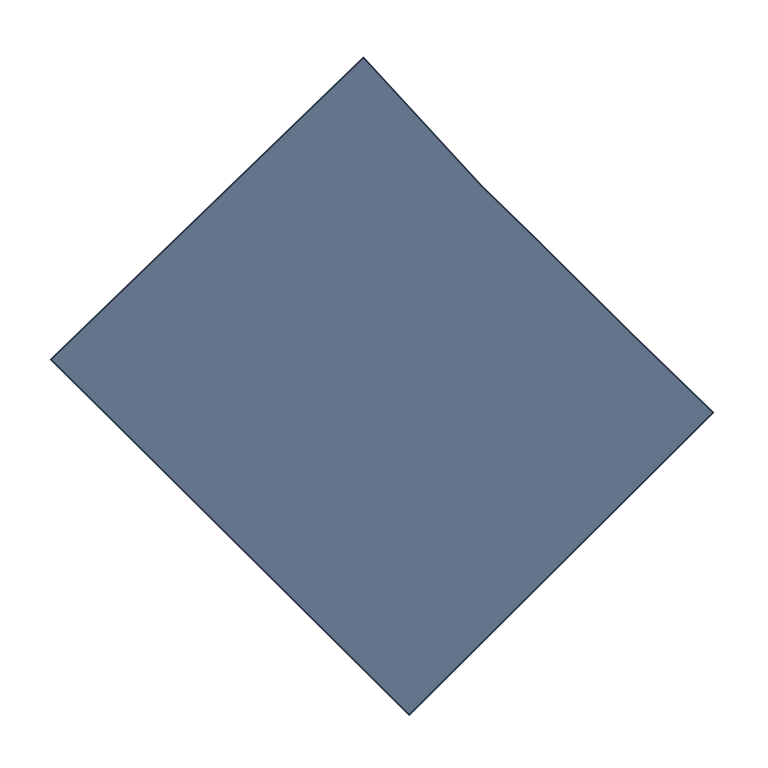 Stokes, North Carolina, United States of America (orthographic projection), rotated 44°
{"feature_id": "52423323B34539030227097", "entity_name": "Stokes", "entity_type": "district", "adm_level": 2, "iso_a3": "USA", "parent_name": "United States of America", "parent_adm1": "North Carolina", "projection": "orthographic", "projection_center": [-80.2, 36.404], "detail": "fine", "context": "isolated", "style": "filled", "palette": "slate", "viewbox_px": 768, "rotation_deg": 44, "n_neighbors": 0, "source": "geoboundaries", "source_scale": "gbopen_adm2", "svg_char_len": 410}
<svg xmlns="http://www.w3.org/2000/svg" viewBox="0 0 768 768"><g transform="rotate(44 384 384)"><path d="M632.1,604.6L632.1,604.3L632.5,586.0L632.8,569.1L634.2,498.9L640.7,175.8L609.2,175.8L526.2,175.7L469.0,174.9L466.5,174.9L401.6,174.1L398.1,173.9L317.3,173.7L152.7,164.0L151.4,163.9L142.4,163.4L127.3,597.9L222.0,599.0L225.8,599.1L632.1,604.6Z" fill="#64748b" stroke="#1e293b" stroke-width="1.5"/></g></svg>